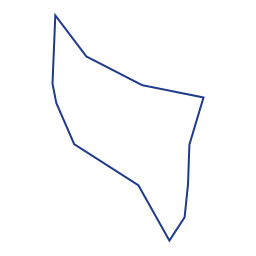 SVG path tracing the border of Šmartno ob Paki
{"feature_id": "SVN-994", "entity_name": "Šmartno ob Paki", "entity_type": "Municipality", "adm_level": 1, "iso_a3": "SVN", "parent_name": "Slovenia", "parent_adm1": "", "projection": "albers", "projection_center": [15.03, 46.342], "detail": "fine", "context": "isolated", "style": "outline", "palette": "blue", "viewbox_px": 256, "rotation_deg": 0, "n_neighbors": 0, "source": "natural_earth", "source_scale": "10m", "svg_char_len": 271}
<svg xmlns="http://www.w3.org/2000/svg" viewBox="0 0 256 256"><path d="M55.3,15.4L86.4,56.5L142.2,85.2L203.5,97.5L189.4,144.6L188.0,184.4L184.6,217.3L169.4,240.6L138.4,185.3L74.2,144.2L56.3,103.0L52.5,83.7L55.3,15.4Z" fill="none" stroke="#1e3a8a" stroke-width="2"/></svg>